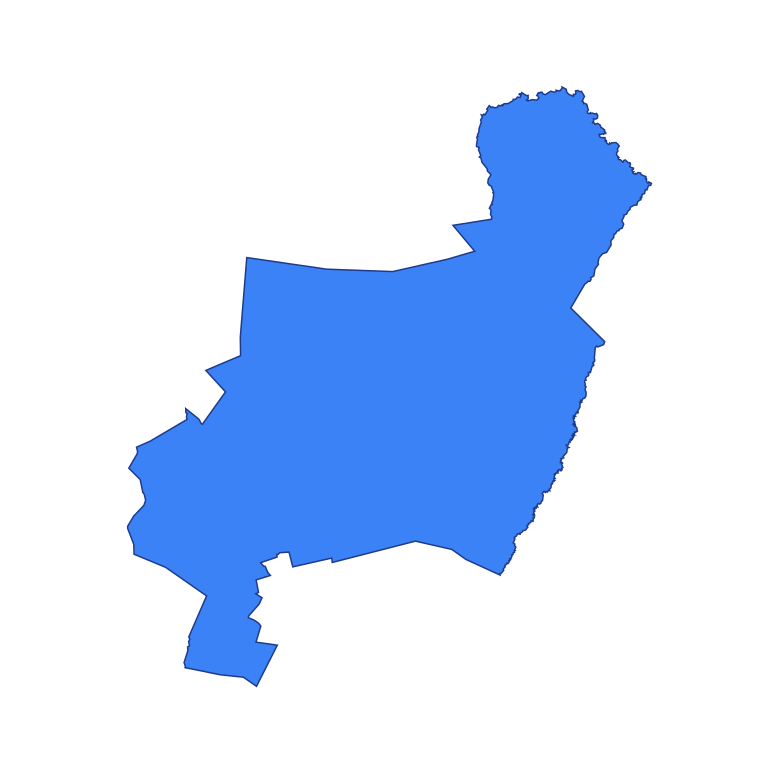 the district of Chilanga, Lusaka, Zambia, rotated 96°
{"feature_id": "96606910B81629947645825", "entity_name": "Chilanga", "entity_type": "district", "adm_level": 2, "iso_a3": "ZMB", "parent_name": "Zambia", "parent_adm1": "Lusaka", "projection": "albers", "projection_center": [27.992, -15.452], "detail": "fine", "context": "isolated", "style": "filled", "palette": "blue", "viewbox_px": 768, "rotation_deg": 96, "n_neighbors": 0, "source": "geoboundaries", "source_scale": "gbopen_adm2", "svg_char_len": 6094}
<svg xmlns="http://www.w3.org/2000/svg" viewBox="0 0 768 768"><g transform="rotate(96 384 384)"><path d="M72.3,218.2L72.9,219.8L71.8,221.8L72.5,224.2L74.8,223.5L76.1,224.3L76.1,225.9L78.1,225.8L76.7,230.2L74.8,232.7L71.8,233.6L70.0,238.0L71.0,237.7L74.2,239.8L73.9,243.6L75.2,243.4L76.1,245.5L75.3,248.7L79.3,253.7L79.1,255.9L77.3,257.3L77.6,259.2L78.6,259.8L78.2,261.0L81.1,262.2L81.6,260.9L83.5,259.9L85.7,261.7L85.7,266.3L87.4,270.5L86.7,271.9L85.5,270.5L81.9,270.8L82.3,272.4L79.8,277.5L80.9,277.6L81.2,279.6L82.0,279.9L82.3,278.0L84.7,278.5L84.7,281.3L87.1,282.9L87.4,285.3L88.6,285.2L92.1,289.8L92.8,294.0L94.8,295.1L94.0,295.8L95.2,297.0L94.9,299.2L97.1,300.5L97.7,302.6L97.1,305.2L97.8,306.4L96.1,308.4L99.9,310.5L100.9,309.4L105.8,311.8L105.2,313.0L106.5,314.1L106.2,315.3L108.4,314.1L111.3,315.5L113.3,314.6L120.1,316.2L123.2,316.0L126.8,317.1L127.9,316.5L128.8,317.6L130.8,316.7L137.3,317.0L138.2,316.7L138.8,314.1L141.1,314.5L146.7,311.6L148.4,312.9L149.0,311.3L153.3,309.7L159.2,303.9L161.3,303.5L164.7,299.5L169.4,301.7L173.1,301.8L175.1,300.4L176.0,298.1L181.9,295.0L182.3,295.7L183.8,294.7L189.9,294.9L192.9,295.8L194.1,295.0L194.6,296.2L198.2,297.6L199.9,295.7L204.2,295.8L206.4,294.3L208.9,294.3L219.0,332.0L242.5,307.7L253.4,334.3L271.3,387.2L275.8,453.3L272.6,533.7L352.6,531.8L370.8,529.6L389.1,562.6L408.4,540.8L443.0,560.4L442.2,561.8L438.3,564.5L429.2,578.6L433.3,578.0L434.0,576.7L437.3,577.0L439.9,576.3L465.3,610.6L472.7,623.5L476.9,622.0L479.3,622.2L494.4,629.0L504.5,616.5L517.1,612.5L518.8,610.9L524.6,608.9L529.8,610.1L541.5,619.1L552.3,624.1L554.5,623.8L569.8,616.0L579.4,614.8L589.2,581.9L613.3,538.3L655.9,551.7L658.2,550.5L660.9,551.4L664.4,550.0L666.0,551.8L669.7,551.2L681.9,553.7L685.7,552.0L686.9,552.2L690.3,516.5L690.3,493.2L698.0,479.2L654.9,462.8L654.1,484.3L637.6,481.2L635.0,483.7L632.3,488.7L630.6,494.4L629.1,494.5L615.8,485.1L609.3,483.0L606.0,489.7L604.5,487.0L592.2,490.7L586.3,477.0L583.5,479.9L577.7,483.1L578.0,484.4L574.6,488.0L567.3,472.3L564.6,472.7L564.5,471.5L562.7,470.1L561.1,460.9L575.4,455.6L562.6,417.8L566.9,416.8L537.0,336.3L541.4,299.3L549.9,284.2L561.9,248.6L560.3,249.0L560.3,247.9L556.9,245.5L555.4,246.1L553.3,244.4L551.9,245.0L550.9,243.7L549.4,243.3L549.8,242.2L548.9,241.3L547.0,240.7L546.5,241.3L545.6,239.8L544.7,240.5L544.4,239.5L541.5,238.7L540.6,239.1L540.1,237.9L538.2,237.8L537.8,236.6L536.4,236.9L535.9,236.1L535.3,236.8L532.4,235.8L531.2,237.1L529.4,237.2L528.4,238.9L524.6,237.6L523.1,238.4L521.1,236.2L519.1,235.7L519.1,233.0L518.1,233.4L517.4,231.7L515.5,230.5L514.5,228.0L511.3,226.0L509.9,227.1L508.7,225.4L507.6,225.7L506.4,223.6L504.8,223.5L505.0,221.4L501.4,221.6L501.4,220.6L499.2,220.4L497.9,220.9L498.8,221.5L498.5,222.4L497.3,221.4L495.8,221.8L494.7,220.7L493.9,221.7L493.1,221.0L492.5,222.2L491.4,221.6L491.8,220.8L490.8,220.6L491.3,219.6L490.1,219.5L490.2,218.3L488.8,219.1L486.8,218.4L487.2,217.0L486.4,215.6L484.4,215.2L483.5,214.2L477.9,214.0L476.5,215.2L474.0,213.7L475.0,212.2L474.1,211.9L474.4,210.1L472.6,209.6L472.9,207.9L471.0,208.4L469.8,207.1L466.6,207.2L465.2,206.6L465.5,206.0L462.7,205.7L462.9,204.7L462.0,204.0L462.0,205.0L460.3,205.1L459.9,204.1L459.4,204.9L456.1,204.8L455.4,205.7L456.0,204.1L454.7,203.9L454.2,201.6L453.3,202.5L452.6,201.6L451.8,202.3L451.0,201.5L450.9,199.8L451.8,199.7L451.8,198.8L450.4,197.9L449.3,198.5L448.4,197.4L445.2,198.9L444.2,198.3L443.9,199.9L443.3,199.1L442.7,200.4L440.5,199.5L439.7,200.3L438.7,197.5L437.3,198.3L433.0,195.1L428.6,195.0L427.8,193.4L426.7,195.8L425.6,196.4L425.2,194.3L422.4,193.9L422.5,192.9L419.8,193.0L420.3,191.8L419.2,191.9L419.3,191.0L417.3,191.0L417.9,190.4L415.7,189.5L415.4,190.7L414.9,189.3L414.5,190.9L413.6,190.9L413.4,189.4L411.7,189.3L412.0,188.5L410.8,186.7L407.0,187.9L405.6,190.8L404.7,190.7L404.8,189.4L403.9,189.6L404.0,191.6L402.9,190.6L402.1,190.9L401.9,189.6L401.6,191.0L399.7,191.9L398.6,191.2L398.2,192.2L397.6,191.4L396.9,192.1L396.3,190.5L395.7,191.9L394.5,190.2L392.3,189.8L392.6,188.1L391.5,187.9L391.2,188.8L386.5,186.7L382.6,187.0L381.7,185.8L381.4,187.1L380.7,185.8L379.0,187.0L379.9,185.4L377.6,184.5L377.1,183.0L374.7,181.9L371.1,182.1L368.5,183.5L365.6,182.8L364.8,184.0L363.6,183.7L360.6,184.8L359.2,184.5L359.1,183.5L357.5,184.1L355.5,183.3L354.4,181.5L352.4,181.3L351.6,182.1L350.5,180.8L350.9,179.9L344.9,178.9L343.5,177.3L341.9,177.8L341.9,178.6L340.0,178.0L339.8,177.1L337.9,176.9L336.8,177.5L325.9,177.7L324.1,176.6L324.8,175.2L321.9,169.7L318.8,168.9L288.9,206.2L263.8,194.8L260.4,191.4L260.3,189.9L258.4,189.0L256.9,189.6L254.5,186.6L247.6,186.2L242.4,183.2L240.9,183.9L236.1,183.3L231.5,180.2L229.9,176.4L222.0,172.7L217.8,173.3L214.4,170.9L210.8,170.8L210.4,169.5L207.5,168.3L206.8,166.3L205.6,166.3L204.1,163.4L199.9,162.3L196.8,164.5L192.4,162.8L191.0,163.1L189.7,160.5L186.5,159.4L184.5,157.5L182.6,157.6L180.0,153.9L179.6,151.3L175.9,150.7L173.8,147.8L172.9,148.5L171.9,147.3L171.3,148.1L170.7,147.1L168.6,147.2L167.3,144.8L163.6,144.4L163.5,142.8L158.9,141.7L158.7,139.6L156.5,139.0L155.4,141.7L156.5,141.8L156.5,142.9L155.0,144.1L153.0,144.3L152.7,145.2L152.1,144.6L151.4,145.4L150.3,145.2L149.5,148.6L148.3,150.8L147.4,150.8L147.1,153.5L148.8,154.9L148.4,155.8L149.1,156.2L148.3,158.4L146.8,157.8L146.9,158.8L145.3,159.9L144.4,158.5L143.3,158.4L142.3,162.4L139.5,161.8L138.2,162.6L138.4,164.3L136.0,167.4L136.4,168.7L138.4,169.5L136.2,172.4L136.2,174.1L134.7,174.8L134.2,174.0L132.0,176.6L129.7,176.8L127.8,175.7L125.9,176.5L122.7,174.9L120.8,176.8L119.7,178.5L119.8,179.9L120.4,182.9L121.5,184.0L120.8,184.9L122.1,185.1L122.2,186.2L121.1,187.7L118.7,188.3L119.3,189.4L115.9,189.9L116.2,194.2L115.3,195.5L113.2,196.0L113.4,194.9L112.3,193.0L112.8,191.7L111.5,190.9L111.7,189.7L110.6,189.9L109.5,191.4L108.3,191.1L105.7,195.4L104.0,196.0L102.5,198.7L103.7,201.4L102.5,201.9L102.3,203.9L100.2,202.9L98.5,203.4L98.4,201.0L97.1,199.5L94.5,199.6L92.7,200.9L93.4,202.0L92.8,205.2L93.4,207.0L92.7,207.1L93.7,208.4L93.3,209.9L91.8,210.3L90.3,209.4L84.7,211.6L83.8,214.0L84.3,214.7L82.2,215.6L82.0,216.5L77.0,214.7L72.3,218.2Z" fill="#3b82f6" stroke="#1e3a8a" stroke-width="1.5"/></g></svg>